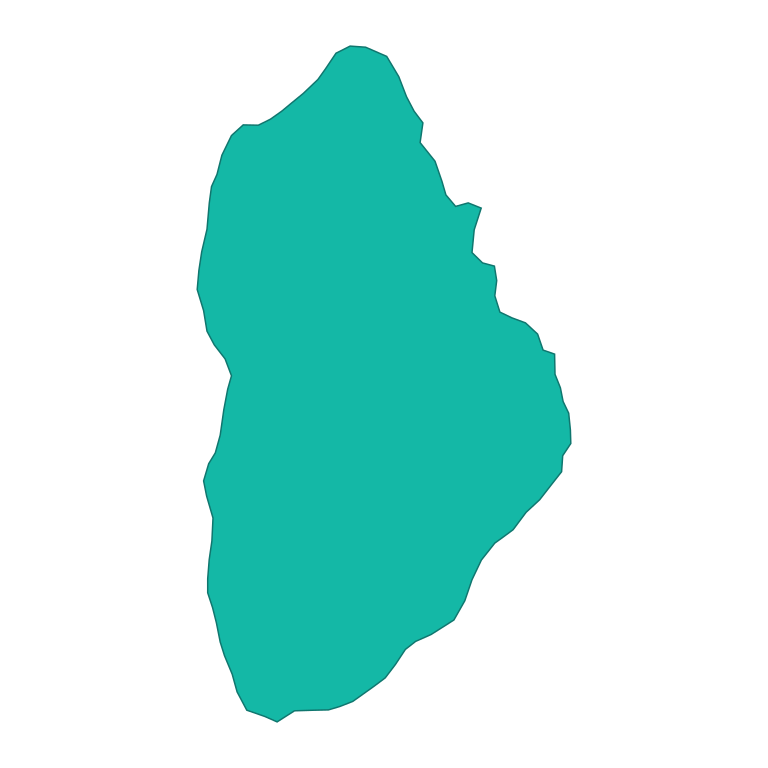 Novais, São Paulo, Brazil
{"feature_id": "56859067B41294834912273", "entity_name": "Novais", "entity_type": "district", "adm_level": 2, "iso_a3": "BRA", "parent_name": "Brazil", "parent_adm1": "São Paulo", "projection": "equal_earth", "projection_center": [-48.916, -20.986], "detail": "fine", "context": "isolated", "style": "filled", "palette": "teal", "viewbox_px": 768, "rotation_deg": 0, "n_neighbors": 0, "source": "geoboundaries", "source_scale": "gbopen_adm2", "svg_char_len": 1323}
<svg xmlns="http://www.w3.org/2000/svg" viewBox="0 0 768 768"><path d="M561.6,471.7L562.7,455.7L570.8,443.5L570.4,430.0L568.7,413.2L563.1,401.5L560.4,387.8L555.0,374.3L554.6,354.1L543.1,350.1L537.6,334.1L525.5,322.9L511.8,317.8L499.9,312.1L494.8,295.8L496.7,280.6L494.4,266.1L482.5,262.9L472.0,252.6L474.2,229.8L481.2,208.1L468.2,202.9L455.6,206.4L445.9,194.9L442.0,181.5L435.0,161.2L420.1,142.6L422.9,122.9L414.1,111.2L406.5,96.7L398.8,76.7L386.7,56.4L365.6,47.2L350.1,46.1L336.0,53.2L325.6,68.7L317.9,79.5L303.2,93.5L291.7,102.9L281.7,111.2L270.4,119.2L258.3,125.2L243.2,124.9L231.5,135.5L221.9,155.2L217.0,174.4L211.5,186.6L209.3,202.9L207.0,229.2L201.7,251.8L198.9,270.4L197.2,289.5L203.6,310.6L207.0,331.2L214.3,344.9L225.1,358.9L231.5,375.8L227.7,389.2L223.8,409.8L220.2,435.2L215.3,452.9L208.7,463.7L203.6,480.9L206.6,496.0L213.0,518.0L211.9,540.9L209.2,559.7L207.7,578.8L207.7,592.8L212.6,607.7L216.4,622.8L220.2,642.0L224.5,655.7L232.2,674.2L237.1,691.9L246.8,710.2L264.9,716.5L277.1,721.9L294.5,710.8L314.1,710.2L328.4,709.9L339.8,706.5L352.8,701.4L373.7,686.5L385.2,677.9L395.4,664.5L405.4,649.4L415.6,641.4L431.1,634.5L453.9,620.0L464.8,600.8L472.0,579.7L481.4,560.0L494.8,543.1L504.2,536.3L513.1,529.7L526.1,512.3L539.7,499.7L550.6,485.7L561.6,471.7Z" fill="#14b8a6" stroke="#0f766e" stroke-width="1.5"/></svg>